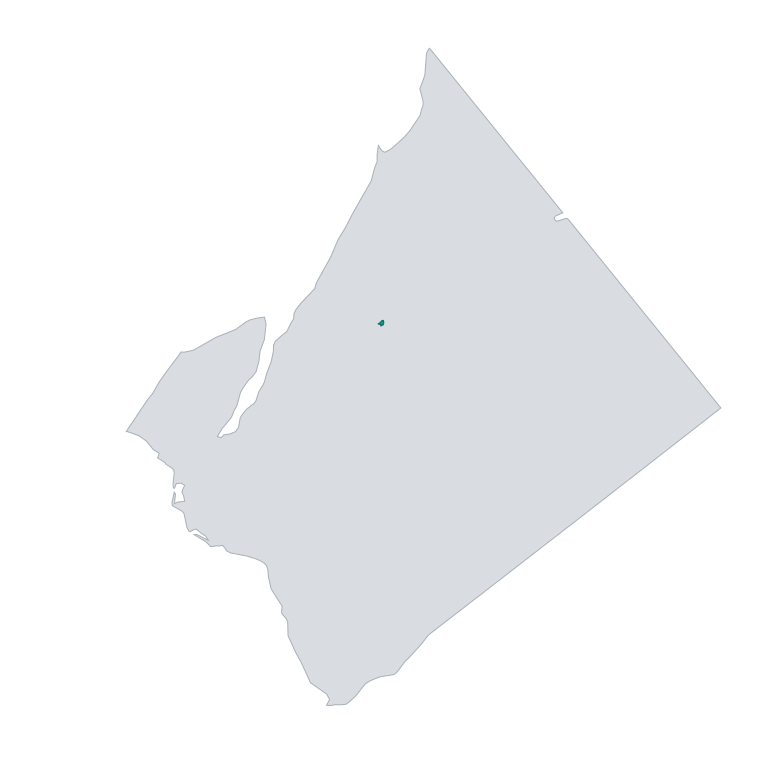 location of Farshut, Qina, Egypt, rotated 231°
{"feature_id": "37247803B34364320668484", "entity_name": "Farshut", "entity_type": "district", "adm_level": 2, "iso_a3": "EGY", "parent_name": "Egypt", "parent_adm1": "Qina", "projection": "equal_earth", "projection_center": [32.162, 26.057], "detail": "fine", "context": "in_parent", "style": "filled", "palette": "teal", "viewbox_px": 768, "rotation_deg": 231, "n_neighbors": 0, "source": "geoboundaries", "source_scale": "gbopen_adm2", "svg_char_len": 4133}
<svg xmlns="http://www.w3.org/2000/svg" viewBox="0 0 768 768"><g transform="rotate(231 384 384)"><path d="M616.2,630.7L603.4,630.7L590.7,630.7L577.9,630.7L565.1,630.7L552.3,630.7L539.6,630.7L526.8,630.7L514.0,630.7L501.3,630.7L488.5,630.7L475.7,630.7L463.0,630.7L450.2,630.7L437.4,630.7L424.7,630.7L411.9,630.7L404.6,630.7L405.8,626.1L406.6,622.8L405.8,620.5L403.3,620.0L401.7,620.7L397.8,630.4L395.8,630.8L391.3,630.8L376.4,630.8L361.6,630.8L346.7,630.8L331.8,630.8L317.0,630.8L302.1,630.8L287.2,630.8L272.3,630.8L257.5,630.8L242.6,630.8L227.7,630.8L212.9,630.8L198.0,630.8L183.1,630.7L168.3,630.7L153.4,630.7L153.6,619.0L153.8,607.3L154.0,595.6L154.2,583.9L154.5,572.3L154.7,560.6L154.9,548.9L155.1,537.3L155.3,525.7L155.6,514.0L155.8,502.4L156.0,490.8L156.2,479.2L156.5,467.6L156.7,456.1L156.9,444.5L157.2,433.0L157.4,421.5L157.7,409.9L157.9,398.4L158.2,386.9L158.4,375.4L158.7,364.0L158.9,352.5L159.2,341.1L159.4,329.6L159.7,318.2L159.9,306.8L160.2,295.4L160.5,284.0L160.7,272.7L161.0,261.3L160.7,259.2L158.8,251.5L157.1,241.7L155.4,229.7L155.2,225.8L152.0,213.5L151.8,210.0L152.7,207.5L158.7,197.1L160.5,192.0L162.1,186.0L162.7,181.1L161.2,173.6L159.5,166.8L159.0,159.9L158.9,153.2L161.9,148.5L165.5,144.2L166.9,141.6L169.0,138.6L170.5,137.2L173.1,143.2L179.0,144.3L198.2,138.9L219.2,144.3L230.9,146.4L248.7,151.0L259.5,159.3L262.5,160.3L270.4,160.2L275.5,165.0L296.0,167.4L306.9,172.8L313.1,177.1L316.8,178.4L320.1,178.2L324.6,176.6L330.2,173.5L336.4,169.3L349.2,158.5L353.7,156.6L356.6,157.1L360.2,157.0L361.7,154.1L363.6,152.1L364.8,149.8L366.7,147.0L373.3,146.3L386.5,141.6L385.0,143.8L373.0,149.1L378.1,149.7L383.4,147.9L389.4,146.8L390.5,144.6L391.3,140.4L392.5,139.8L396.7,140.6L409.0,147.0L412.1,147.1L420.8,143.6L422.7,142.9L425.5,144.8L431.9,152.9L429.7,152.7L422.8,145.8L422.2,149.2L418.3,155.3L423.2,157.9L427.2,158.9L429.3,162.3L430.6,165.3L434.6,164.0L437.4,159.9L435.9,157.6L434.9,155.2L436.2,155.2L439.0,157.1L446.8,164.9L449.5,166.5L452.5,166.2L458.9,164.0L460.7,164.4L469.2,161.5L470.2,163.6L471.7,165.7L478.5,163.4L489.4,163.4L498.2,160.9L508.4,154.7L509.2,153.8L509.8,155.3L511.1,159.5L514.3,170.2L517.0,178.5L520.5,190.1L521.6,194.6L522.0,197.7L527.0,210.4L530.0,221.0L532.2,229.5L535.3,242.0L536.6,246.4L534.5,248.7L530.3,256.8L526.0,282.8L519.7,303.1L519.1,315.8L518.1,320.4L515.0,326.9L511.3,333.2L504.6,329.9L493.7,318.8L487.4,308.2L480.6,301.4L474.1,292.4L472.4,285.9L472.4,281.8L469.6,271.6L467.5,266.8L459.7,256.0L457.5,250.3L455.8,247.8L454.1,244.2L451.2,230.2L448.1,221.4L444.6,223.8L445.3,227.5L442.2,232.7L440.4,238.7L441.8,243.6L448.2,251.0L449.4,254.2L450.9,261.3L450.7,270.9L451.7,274.2L456.5,281.3L458.2,285.6L459.3,289.2L460.9,292.5L465.6,298.8L472.5,310.6L479.0,318.6L483.6,322.5L485.6,326.4L486.1,336.4L485.8,341.2L490.0,350.2L491.5,354.8L495.5,358.5L497.3,362.7L499.0,369.7L501.7,390.1L505.2,395.2L516.1,422.2L525.2,439.3L529.7,452.1L536.5,467.6L549.9,501.9L557.8,512.6L561.0,518.5L566.7,523.1L572.9,529.8L567.1,529.1L565.6,529.5L563.5,530.6L562.6,534.7L562.2,538.0L563.1,555.4L564.8,564.3L570.1,581.2L574.0,586.3L575.9,589.6L578.6,592.0L590.9,597.7L598.2,610.0L614.5,625.4L616.1,629.7L616.2,630.7Z" fill="#d9dde1" stroke="#a8b0b8" stroke-width="1"/><path d="M430.6,420.6L430.7,420.8L430.9,420.9L431.1,421.0L431.3,421.1L431.6,421.4L431.8,421.6L431.7,421.9L431.7,422.1L431.8,422.2L431.9,422.3L432.0,422.2L432.3,422.2L432.3,422.3L432.5,422.4L433.0,422.8L433.6,423.3L433.7,423.2L433.8,423.2L434.0,423.0L434.1,422.9L434.2,422.7L434.3,422.5L434.4,422.3L434.3,422.2L434.2,421.9L434.2,421.5L434.2,421.3L434.2,421.0L434.2,420.8L434.2,420.7L434.2,420.3L434.2,420.0L434.1,419.9L434.0,419.7L433.9,419.6L433.7,419.6L433.6,419.4L433.7,419.2L433.8,419.0L433.9,418.7L434.0,418.5L434.1,418.4L434.2,418.0L434.2,417.7L434.0,417.8L433.9,417.8L433.7,417.8L433.6,418.0L433.4,418.2L433.4,418.3L433.3,418.5L433.2,418.6L433.1,418.8L432.9,419.0L432.6,419.1L432.4,419.0L432.2,418.8L431.9,418.9L432.0,418.7L431.9,418.7L431.7,418.7L431.5,418.4L431.4,418.3L431.0,418.9L431.0,419.1L431.2,419.4L431.3,419.5L431.2,419.6L431.0,419.8L431.0,420.1L430.6,420.6Z" fill="#14b8a6" stroke="#0f766e" stroke-width="1.5"/></g></svg>